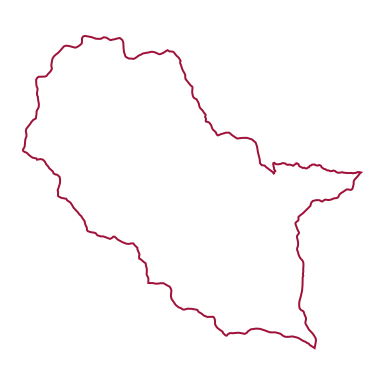 Sama, Ha, Bhutan
{"feature_id": "84629894B76419626659945", "entity_name": "Sama", "entity_type": "district", "adm_level": 2, "iso_a3": "BTN", "parent_name": "Bhutan", "parent_adm1": "Ha", "projection": "natural_earth1", "projection_center": [89.274, 27.297], "detail": "fine", "context": "isolated", "style": "outline", "palette": "rose", "viewbox_px": 384, "rotation_deg": 0, "n_neighbors": 0, "source": "geoboundaries", "source_scale": "gbopen_adm2", "svg_char_len": 5908}
<svg xmlns="http://www.w3.org/2000/svg" viewBox="0 0 384 384"><path d="M23.0,150.7L24.3,151.8L26.8,152.8L28.2,154.3L30.3,156.1L32.7,157.7L36.5,158.5L37.0,159.7L40.2,159.1L41.7,159.3L43.0,159.7L45.0,161.8L46.2,164.3L48.3,166.6L49.2,168.2L52.8,171.4L53.6,173.5L55.6,174.5L57.1,174.7L59.2,176.5L59.6,176.9L60.1,179.7L60.0,183.0L58.9,186.7L57.6,190.5L58.1,191.5L58.0,195.4L58.3,196.3L61.4,197.9L66.2,198.8L67.3,200.5L68.5,201.2L70.5,202.7L72.0,204.9L73.5,207.6L78.0,212.5L79.2,214.2L81.2,216.1L83.3,219.4L84.6,221.1L85.2,224.0L86.0,226.1L86.7,227.2L87.0,230.0L87.8,231.2L90.9,232.2L94.5,232.7L95.9,233.4L96.9,234.9L97.9,235.5L100.8,236.4L103.4,236.4L110.0,238.9L112.0,237.9L113.2,236.7L114.7,236.7L117.9,239.7L122.5,242.2L126.4,243.7L128.9,243.9L131.4,243.4L133.3,243.4L134.5,245.0L136.3,246.8L137.3,247.6L137.4,249.2L139.5,254.4L139.1,256.1L139.2,258.6L140.6,259.2L143.8,262.0L145.6,263.2L146.1,266.1L146.8,268.7L146.8,271.9L146.6,274.1L146.9,275.3L148.2,277.6L148.4,279.4L148.3,283.0L152.9,283.1L155.9,283.7L158.4,283.6L160.3,283.2L163.7,283.3L166.0,284.7L169.8,286.8L170.8,288.6L171.4,290.5L170.9,295.9L171.5,298.8L175.8,305.1L177.1,306.0L178.3,307.2L180.6,308.0L183.0,309.5L184.7,309.5L188.0,308.6L189.7,308.8L191.4,308.8L195.9,309.6L197.3,309.9L198.6,311.9L201.4,313.5L204.1,315.7L207.6,317.0L208.8,316.9L213.1,316.8L214.1,317.7L214.9,319.7L215.1,324.3L216.2,326.4L217.4,327.9L219.7,329.7L222.6,331.7L223.0,332.9L224.8,334.8L225.9,335.6L226.7,335.6L228.2,334.0L229.9,333.1L233.2,333.2L238.4,332.7L242.1,333.3L244.7,333.9L246.7,332.9L248.0,331.3L250.7,329.4L256.0,328.6L259.8,328.8L264.8,330.4L267.6,331.5L270.0,332.3L271.7,332.4L275.0,332.3L278.6,333.2L280.6,333.9L283.1,335.8L284.7,336.6L286.7,336.9L289.0,336.8L292.4,336.4L296.9,337.5L298.6,338.1L303.7,341.2L305.6,341.8L306.8,342.8L308.7,343.6L309.7,344.9L314.6,348.1L315.7,342.5L316.0,339.9L315.5,338.0L314.1,335.6L312.3,333.1L309.4,330.1L308.7,329.3L307.8,327.5L305.7,324.1L305.4,322.9L305.4,322.1L306.0,319.5L306.0,318.4L305.8,317.4L304.8,315.3L303.6,311.7L303.1,311.1L301.1,310.1L300.4,309.4L299.5,307.9L299.3,306.7L299.2,304.8L299.2,303.2L299.5,301.0L301.1,295.2L301.5,293.0L302.0,291.5L302.5,285.6L302.7,277.0L303.3,275.8L302.9,274.4L303.3,271.5L303.2,268.7L303.5,265.3L303.3,262.3L302.4,260.5L300.2,258.0L299.4,256.5L298.4,254.1L298.3,253.2L297.8,251.6L297.3,250.5L297.1,249.6L297.1,248.3L297.8,246.5L298.1,245.1L298.1,242.8L297.9,241.3L297.0,237.2L297.0,236.2L297.3,235.5L298.6,233.8L299.0,233.0L298.9,232.3L297.6,229.8L295.7,224.7L295.4,223.6L295.5,223.0L296.0,222.3L298.2,220.5L298.5,220.0L298.4,217.2L298.7,216.7L299.6,215.8L302.9,213.3L310.4,205.9L310.9,203.7L311.1,203.1L311.5,202.4L312.7,201.0L315.8,200.2L318.8,200.1L320.1,200.5L321.8,201.5L322.6,201.4L324.0,200.2L325.3,199.6L328.0,200.0L329.3,200.0L331.3,199.5L334.2,198.3L336.4,198.1L337.8,197.5L338.4,196.8L339.1,195.1L339.8,194.2L341.2,193.0L342.9,192.0L346.2,189.7L346.9,189.4L347.7,189.4L350.8,189.9L351.7,189.5L352.4,188.8L352.9,187.2L353.7,184.0L353.6,182.2L353.9,180.8L354.2,180.3L354.9,179.3L357.5,176.5L359.7,173.6L361.0,172.5L359.0,172.1L357.5,172.1L355.8,172.9L353.5,173.1L352.8,173.3L351.8,172.9L349.0,173.1L348.1,172.9L346.7,173.1L345.6,172.8L343.6,172.7L342.3,172.2L340.3,172.6L339.6,172.6L338.3,172.8L336.5,172.2L335.2,171.1L333.2,170.5L332.3,171.0L330.4,171.2L328.6,170.4L327.6,170.4L326.7,170.2L325.6,169.3L323.9,168.9L321.6,167.3L321.1,165.9L320.0,165.3L319.0,165.0L317.9,165.6L315.5,165.2L314.7,164.5L312.1,164.6L311.2,165.4L310.0,165.7L309.3,166.5L309.1,167.2L307.9,167.5L307.1,168.3L305.7,168.4L304.1,167.7L302.9,168.0L299.5,166.3L299.1,165.9L298.5,164.2L296.9,163.3L296.3,163.2L295.7,164.1L294.6,164.6L293.1,165.8L291.9,165.2L289.3,164.5L288.0,164.9L286.3,164.4L285.1,163.4L282.3,163.1L280.9,163.9L278.2,164.3L276.4,164.2L275.6,164.0L274.3,162.8L273.4,163.1L273.2,163.7L273.2,164.3L273.5,165.4L273.6,166.8L274.0,167.7L274.2,169.5L275.3,171.0L274.2,172.1L274.2,173.0L273.7,173.5L272.7,172.1L266.0,167.0L264.7,165.6L261.6,165.1L260.1,163.3L259.6,158.9L258.0,152.5L257.0,146.4L255.6,142.5L251.9,139.4L247.2,137.9L242.6,137.9L237.1,138.5L235.5,137.5L232.0,135.1L229.4,132.8L228.8,132.7L225.9,132.7L221.2,134.1L217.9,135.4L217.1,134.9L216.7,134.3L216.3,133.7L216.2,133.1L215.8,132.3L215.3,131.7L212.9,129.6L212.1,128.1L211.0,124.9L210.1,123.9L209.7,123.1L209.2,122.6L208.2,122.1L205.9,121.5L205.7,120.8L206.0,119.5L206.0,118.8L205.1,116.9L205.3,116.1L205.7,115.3L205.3,114.1L204.5,113.4L202.5,110.4L200.3,108.2L199.8,107.4L199.3,106.0L198.7,103.3L197.1,100.2L196.6,99.4L194.0,97.9L193.4,97.1L192.9,96.1L192.3,93.3L192.2,91.5L192.5,87.8L192.3,86.8L192.0,86.4L191.0,85.7L189.9,84.5L185.6,79.1L185.2,77.3L185.3,75.7L185.1,74.7L184.6,73.5L182.9,70.5L182.1,68.7L181.1,65.5L180.2,63.1L180.1,62.4L180.3,61.4L180.6,60.9L178.8,57.8L176.4,55.6L174.0,52.5L173.3,51.9L172.5,51.6L169.5,51.4L167.4,50.2L163.0,53.0L161.6,53.6L159.9,54.2L158.9,54.2L155.7,52.6L153.5,52.0L152.3,51.8L150.6,51.9L148.9,52.4L142.9,53.5L141.0,54.6L138.8,55.5L136.9,57.0L134.4,58.6L133.2,58.9L130.8,58.5L128.7,58.5L126.0,57.0L125.3,56.0L124.7,53.9L124.1,52.5L123.6,48.6L123.3,42.6L122.8,41.1L122.1,39.8L119.8,38.0L117.1,38.5L115.5,39.1L112.5,39.6L110.9,40.1L109.9,39.9L106.5,37.7L104.1,37.3L103.5,37.3L101.6,38.5L99.9,38.9L95.9,38.7L91.5,37.1L85.0,35.9L83.1,36.5L82.0,38.2L82.0,41.0L81.9,42.8L81.4,43.9L79.6,45.4L78.0,46.5L75.7,47.6L74.6,47.5L69.4,46.1L67.5,45.8L65.8,45.7L63.9,46.4L60.0,50.9L58.2,52.8L55.7,54.7L53.7,56.6L52.3,59.2L51.5,63.9L51.3,65.6L51.8,68.0L51.9,68.9L50.5,71.4L47.8,74.2L46.9,75.5L45.9,76.3L44.5,76.6L38.4,76.8L36.8,78.4L36.1,79.9L36.4,85.2L36.8,86.8L37.5,88.3L37.5,89.6L36.9,93.8L37.2,95.4L37.9,96.9L37.9,97.8L38.2,100.3L38.9,104.0L38.7,107.2L36.6,111.2L36.5,114.1L35.8,118.5L33.4,119.8L31.3,122.1L30.0,124.2L28.5,126.0L26.3,128.9L25.8,131.5L26.1,132.3L26.4,134.4L26.5,136.1L25.3,139.5L24.7,146.3L24.1,147.8L23.3,148.8L23.0,150.7Z" fill="none" stroke="#9f1239" stroke-width="2"/></svg>